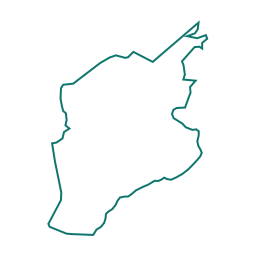 outline of Morrinhos do Sul, Rio Grande do Sul, Brazil, rotated 183°
{"feature_id": "56859067B77647106940694", "entity_name": "Morrinhos do Sul", "entity_type": "district", "adm_level": 2, "iso_a3": "BRA", "parent_name": "Brazil", "parent_adm1": "Rio Grande do Sul", "projection": "natural_earth1", "projection_center": [-49.972, -29.343], "detail": "fine", "context": "isolated", "style": "outline", "palette": "teal", "viewbox_px": 256, "rotation_deg": 183, "n_neighbors": 0, "source": "geoboundaries", "source_scale": "gbopen_adm2", "svg_char_len": 1222}
<svg xmlns="http://www.w3.org/2000/svg" viewBox="0 0 256 256"><g transform="rotate(183 128 128)"><path d="M199.2,90.8L191.2,59.9L191.2,52.4L202.5,28.1L201.0,25.2L184.0,19.3L178.8,19.1L157.2,19.4L154.2,24.8L149.8,27.9L146.8,32.1L145.7,36.5L145.5,41.1L143.3,43.4L139.4,46.2L136.2,50.8L134.7,54.7L132.3,58.2L128.0,59.3L124.2,59.6L121.4,61.8L116.7,66.2L110.0,70.0L104.7,72.6L98.6,76.7L94.9,76.7L92.2,78.1L89.2,80.3L86.3,79.0L82.3,78.6L77.6,81.0L71.4,84.9L65.8,89.7L61.7,94.3L57.9,98.8L54.4,103.4L53.0,107.0L54.7,110.6L56.8,113.7L58.1,118.5L57.0,124.1L57.2,128.4L59.7,130.2L63.6,129.5L66.7,130.5L70.4,131.8L74.0,135.3L82.9,140.2L84.8,144.3L83.7,148.4L80.6,150.5L72.1,151.4L68.6,162.9L67.4,166.3L68.2,172.1L63.0,178.8L75.3,179.3L74.0,184.4L75.9,193.8L77.6,197.4L65.7,212.3L60.9,212.9L58.1,211.2L58.4,216.9L53.6,221.3L55.1,224.8L63.6,221.3L73.7,222.8L66.1,226.0L63.5,230.4L63.1,236.9L66.0,234.2L106.8,195.3L126.6,204.3L131.6,198.7L134.4,197.9L143.9,199.9L150.1,197.4L159.1,191.5L164.2,187.2L185.1,169.4L195.0,167.8L197.0,164.3L196.9,153.8L195.1,146.3L193.7,141.7L190.8,139.4L189.7,132.8L190.6,127.4L186.5,124.4L191.7,120.6L192.9,114.1L198.7,109.7L203.0,108.7L199.2,90.8Z" fill="none" stroke="#0f766e" stroke-width="2"/></g></svg>